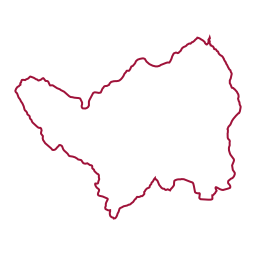 outline of Hualgayoc, Cajamarca, Peru
{"feature_id": "86281439B40192866337915", "entity_name": "Hualgayoc", "entity_type": "district", "adm_level": 2, "iso_a3": "PER", "parent_name": "Peru", "parent_adm1": "Cajamarca", "projection": "albers", "projection_center": [-78.549, -6.714], "detail": "fine", "context": "isolated", "style": "outline", "palette": "rose", "viewbox_px": 256, "rotation_deg": 0, "n_neighbors": 0, "source": "geoboundaries", "source_scale": "gbopen_adm2", "svg_char_len": 5751}
<svg xmlns="http://www.w3.org/2000/svg" viewBox="0 0 256 256"><path d="M200.1,198.9L200.6,199.2L208.7,199.7L210.3,199.7L211.4,199.5L212.1,199.2L212.4,198.8L212.3,195.4L212.6,195.4L213.6,194.7L214.1,194.0L215.1,193.2L215.5,192.3L216.6,190.8L215.6,188.5L215.6,187.5L215.9,187.2L216.5,187.3L220.0,189.2L221.7,189.8L223.0,190.0L228.0,188.6L229.9,187.9L230.2,187.6L230.3,186.7L230.2,186.0L229.4,184.5L228.5,183.7L228.1,183.0L228.1,181.8L228.4,180.8L231.0,178.7L232.4,178.1L233.1,177.4L233.9,176.4L234.7,174.5L234.8,173.7L234.7,172.7L232.8,169.9L232.1,165.4L233.7,161.5L234.0,160.2L233.8,159.2L230.4,154.6L229.8,153.1L229.0,150.4L228.9,148.0L229.1,147.0L229.7,145.3L229.6,142.5L229.8,141.6L229.6,140.4L228.0,138.6L227.7,137.6L227.6,133.4L227.8,132.7L227.9,130.4L227.9,129.8L227.5,129.1L228.5,126.7L230.4,124.6L232.0,120.9L233.4,118.8L236.1,115.6L238.6,113.1L239.0,113.1L239.2,112.9L239.9,111.2L240.6,107.4L240.6,106.4L239.7,104.6L239.4,102.1L238.9,101.5L238.1,98.9L238.1,98.4L238.5,97.3L238.6,96.3L238.4,94.8L238.0,93.8L237.4,92.9L236.9,91.8L234.5,89.1L233.9,88.8L233.4,88.1L231.8,87.7L230.7,84.8L229.8,83.2L229.8,80.4L230.7,78.5L231.7,74.0L231.6,73.3L230.8,71.8L230.4,70.3L229.6,69.6L228.8,68.6L228.6,67.9L228.2,67.4L227.1,65.0L226.3,63.9L226.1,63.1L225.7,62.6L225.5,61.8L224.8,61.0L223.9,59.3L223.8,58.6L223.4,58.2L223.0,57.3L222.1,56.2L220.3,55.1L219.2,54.1L218.5,53.1L218.4,52.4L217.9,51.5L216.9,51.0L216.0,49.5L215.4,49.2L214.7,49.2L214.1,48.9L213.8,47.7L213.0,46.5L212.2,46.2L211.6,45.7L210.6,45.4L210.5,44.4L210.2,44.1L209.7,43.7L209.5,43.1L209.8,41.7L209.2,39.9L209.3,39.2L209.9,38.2L209.7,37.5L209.5,38.1L208.4,39.8L208.6,40.8L208.5,41.5L208.5,42.5L208.1,43.2L207.4,43.8L207.0,44.4L206.7,44.5L206.2,44.3L205.6,43.7L205.0,43.0L204.6,41.9L202.6,40.2L201.2,39.5L200.5,38.9L198.9,38.1L197.6,37.7L197.3,37.7L196.9,38.4L195.1,39.9L194.5,40.7L192.7,42.1L191.8,42.3L190.7,43.5L190.2,43.7L189.4,43.5L188.8,43.7L188.4,44.0L187.2,44.6L186.5,45.5L185.6,46.2L183.5,47.1L182.6,47.8L181.9,48.5L180.7,50.8L179.4,51.9L178.5,52.9L177.5,53.1L176.6,52.7L175.8,52.6L174.0,53.3L173.6,53.7L172.2,56.4L171.5,58.7L170.4,61.0L169.4,62.5L167.3,62.5L165.8,63.0L160.7,65.0L159.6,65.8L157.4,66.4L155.6,66.4L152.7,65.7L149.4,64.1L146.5,61.6L144.8,58.9L143.5,58.4L142.3,58.4L139.8,58.9L137.6,59.7L136.5,60.7L135.9,61.3L135.3,62.8L134.5,64.0L132.7,66.0L131.5,66.4L131.2,66.8L130.2,69.1L129.2,70.6L128.7,70.8L127.0,70.7L126.6,70.9L125.9,72.2L124.5,73.7L123.5,75.9L122.3,77.7L121.0,79.2L119.5,80.4L118.6,80.8L116.9,81.1L113.9,81.2L111.2,81.9L109.6,83.5L109.1,84.8L107.0,85.9L104.9,86.1L104.0,86.6L103.3,87.8L102.6,88.4L100.8,92.4L100.5,92.6L98.7,92.9L96.6,92.5L94.8,92.3L93.9,92.6L93.1,93.1L89.3,100.3L88.9,101.7L88.9,105.5L88.1,107.0L86.8,108.0L85.4,108.5L82.9,108.4L82.2,107.9L81.7,106.9L81.7,105.6L82.1,104.4L82.1,102.5L80.2,98.6L78.9,98.1L74.5,97.7L72.4,97.2L70.6,97.0L69.2,96.2L64.1,91.7L60.7,90.0L59.9,89.3L57.1,88.2L53.0,85.5L52.5,85.3L50.1,85.4L49.7,84.9L48.3,81.8L47.8,81.3L47.1,81.0L45.5,80.9L43.8,78.6L43.3,78.2L42.5,78.4L40.9,79.7L38.7,80.5L38.2,80.4L37.1,79.5L36.2,79.3L33.8,77.8L31.4,76.9L30.5,76.6L30.2,76.6L29.7,77.0L28.2,78.5L25.9,79.5L25.1,80.1L23.9,79.9L22.2,79.9L21.9,80.0L21.4,80.9L21.0,82.5L20.3,83.2L20.3,83.9L20.5,84.5L20.4,84.9L19.4,85.5L18.8,86.3L17.5,86.9L16.2,88.6L15.4,90.6L15.4,91.1L15.8,92.1L17.1,93.4L18.6,97.5L20.0,99.3L21.0,101.4L22.4,103.4L23.7,106.3L24.5,109.4L25.0,110.4L26.1,111.3L26.8,112.3L27.2,113.2L27.3,114.0L27.6,114.5L29.2,115.7L29.7,116.4L29.8,117.8L30.2,118.8L31.2,119.7L31.6,120.3L31.9,121.4L32.6,122.5L36.9,126.5L38.3,127.6L39.3,127.9L40.4,127.9L41.1,128.5L41.6,130.5L41.2,131.8L41.0,133.1L41.1,133.8L42.9,136.1L42.7,138.4L43.1,140.0L45.2,143.2L51.2,148.4L52.3,149.8L53.1,150.0L54.1,149.9L55.0,149.6L55.8,149.0L57.7,146.8L58.4,146.3L59.0,145.3L59.4,145.1L59.9,145.0L60.8,145.3L61.8,145.9L62.4,147.0L63.0,148.8L63.9,150.3L67.6,153.7L68.9,155.7L69.6,156.1L72.8,156.6L75.0,157.3L77.0,158.5L78.2,159.5L80.9,160.0L81.5,160.5L82.6,162.2L83.3,163.1L84.2,163.5L85.4,163.7L87.4,163.3L90.0,165.1L91.0,165.2L92.0,165.7L92.2,166.2L92.3,168.2L92.7,168.7L93.8,169.5L94.1,170.0L94.2,170.7L94.9,171.6L97.0,173.6L98.3,174.3L98.7,174.9L98.9,175.6L98.8,177.1L99.2,179.0L99.1,179.6L98.4,181.3L98.1,183.0L97.8,183.4L97.0,183.6L95.4,183.5L95.1,184.0L95.2,184.8L95.7,186.0L96.5,187.3L97.2,188.0L98.3,188.8L98.9,189.4L99.1,189.9L99.0,190.9L98.1,193.0L97.9,194.1L98.0,194.7L98.4,195.3L99.5,195.8L102.7,196.5L107.3,198.5L107.7,198.9L107.7,199.5L106.2,202.5L105.8,203.9L105.8,205.8L105.7,206.3L105.3,207.1L105.2,207.7L105.3,208.3L105.6,209.1L108.1,210.3L108.9,210.4L110.1,210.2L110.1,211.6L109.8,212.7L109.8,214.1L110.2,215.8L111.0,216.7L112.1,217.4L113.1,217.6L113.5,217.9L113.7,218.5L115.3,218.2L116.4,216.8L117.1,215.3L117.6,213.6L118.6,211.8L119.5,208.8L120.0,208.2L121.4,207.5L122.1,207.2L123.6,206.3L126.7,205.6L127.4,205.4L128.6,204.7L129.6,204.6L130.4,204.2L131.6,203.1L133.1,202.0L134.9,199.4L135.9,198.7L136.6,197.4L137.1,196.9L137.5,196.9L138.3,197.0L139.7,196.8L141.0,196.1L142.1,196.1L143.2,195.3L144.3,193.9L144.2,192.0L145.0,191.1L145.3,190.3L146.7,188.7L147.4,188.3L149.1,187.6L149.5,187.3L149.7,186.3L150.1,185.2L150.7,184.7L151.3,184.0L151.5,182.9L151.8,182.4L152.8,181.6L154.0,179.3L155.0,178.1L155.1,178.8L155.4,179.3L156.0,179.3L157.5,180.8L159.2,184.9L161.5,187.8L162.7,188.6L164.2,188.8L164.8,189.4L165.5,189.9L166.6,189.8L167.5,189.3L167.8,189.3L170.1,190.4L170.8,189.1L172.5,187.3L173.6,185.8L174.0,185.0L174.1,182.5L174.3,181.0L175.2,180.2L177.2,179.5L179.0,179.3L180.3,179.4L181.2,179.1L183.8,179.2L189.9,181.6L192.5,182.5L192.8,182.8L193.3,183.7L193.9,186.1L195.0,192.0L195.4,192.5L196.3,193.0L198.3,193.4L198.8,193.2L199.3,193.2L199.6,193.4L199.8,194.0L199.3,197.9L200.1,198.9Z" fill="none" stroke="#9f1239" stroke-width="2"/></svg>